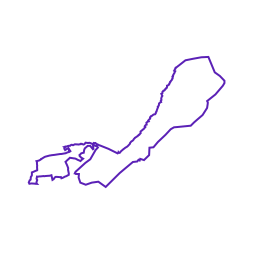 Santa Cruz Mixtepec, Oaxaca, Mexico, rotated 130°
{"feature_id": "50627088B82303244388896", "entity_name": "Santa Cruz Mixtepec", "entity_type": "district", "adm_level": 2, "iso_a3": "MEX", "parent_name": "Mexico", "parent_adm1": "Oaxaca", "projection": "orthographic", "projection_center": [-96.883, 16.781], "detail": "fine", "context": "isolated", "style": "outline", "palette": "violet", "viewbox_px": 256, "rotation_deg": 130, "n_neighbors": 0, "source": "geoboundaries", "source_scale": "gbopen_adm2", "svg_char_len": 5487}
<svg xmlns="http://www.w3.org/2000/svg" viewBox="0 0 256 256"><g transform="rotate(130 128 128)"><path d="M61.8,80.3L58.2,82.5L57.1,83.3L56.5,84.7L46.1,82.6L34.7,82.5L31.6,83.0L29.8,84.5L29.1,91.1L29.6,97.3L21.9,112.1L26.7,117.3L33.2,122.7L39.2,127.5L50.0,129.8L50.3,129.9L50.5,130.0L50.8,130.0L51.0,130.2L51.2,130.3L51.3,130.3L51.4,130.2L51.5,130.0L51.5,129.9L52.1,129.8L52.4,129.8L52.6,129.9L52.8,129.9L53.0,129.8L53.3,129.7L53.6,129.6L53.8,129.4L54.0,129.4L54.3,129.4L54.5,129.4L54.5,129.2L54.4,128.9L54.3,128.7L54.2,128.3L55.3,128.1L55.5,128.0L55.9,127.8L57.1,127.7L58.4,127.3L58.6,127.4L58.9,127.3L59.4,126.8L59.8,127.0L60.1,127.0L60.7,126.1L60.8,126.1L61.1,126.0L61.5,125.6L62.4,125.7L62.8,125.4L63.1,125.3L64.3,125.4L64.9,125.2L65.2,125.2L65.5,125.4L66.0,125.0L66.7,124.9L67.4,125.0L68.2,124.4L69.9,124.9L70.5,125.3L71.1,124.7L72.2,124.1L72.4,124.1L72.7,124.4L73.2,124.4L73.6,124.2L74.2,124.5L75.3,124.2L76.2,124.4L76.4,124.8L76.7,124.9L77.0,124.7L78.3,124.8L79.3,124.0L80.1,124.2L80.4,124.4L80.8,123.7L81.3,122.3L82.8,122.1L84.2,121.4L85.0,120.4L85.8,120.5L86.1,120.4L86.8,119.3L87.5,119.7L88.9,119.9L89.2,120.0L91.1,118.8L92.5,118.9L92.9,118.3L93.4,118.2L96.2,117.2L97.1,116.7L97.9,116.8L98.8,116.3L99.0,116.1L100.1,116.1L100.4,116.4L101.3,117.1L104.2,117.7L104.3,118.0L105.4,118.0L105.8,117.9L106.5,117.1L107.2,117.1L107.8,117.3L109.3,117.3L109.6,116.4L110.5,117.0L112.1,117.3L113.3,116.0L113.5,116.2L115.0,116.4L116.0,116.3L116.1,116.2L115.9,115.6L116.0,115.3L116.3,115.2L117.0,115.4L118.7,115.3L119.4,115.6L120.5,115.6L120.7,115.8L122.6,116.1L122.9,116.0L123.8,115.0L124.4,115.1L125.3,115.0L126.0,115.0L126.3,115.1L126.4,115.4L127.5,115.4L127.8,115.5L128.1,115.4L128.2,115.5L130.6,116.2L131.1,116.4L131.4,116.3L131.7,116.3L132.1,116.4L132.9,116.4L133.7,116.2L134.8,116.3L136.2,116.8L137.2,116.8L138.1,116.8L138.7,116.4L139.6,116.4L141.6,116.5L143.0,116.7L144.9,117.4L146.5,117.7L146.9,117.9L147.8,118.0L150.1,118.4L151.4,118.4L152.4,118.4L152.8,119.2L152.7,119.7L153.3,119.4L154.1,119.6L156.5,129.5L159.4,138.3L159.6,138.6L159.7,138.9L159.9,139.9L160.0,140.3L160.2,141.0L160.3,141.4L160.5,141.5L160.5,142.0L160.5,142.5L160.4,143.2L160.4,143.3L160.5,143.4L161.1,143.8L161.3,144.0L161.2,144.1L161.3,144.2L161.4,144.3L161.5,144.6L162.3,144.5L162.8,144.6L163.2,145.5L164.0,147.8L164.1,148.0L165.0,148.8L165.9,150.0L166.4,151.0L166.6,151.1L167.5,151.0L168.4,151.0L169.0,151.3L169.4,151.6L169.5,152.0L169.8,153.2L170.4,153.8L170.5,153.8L170.5,154.0L171.1,154.2L171.7,154.7L171.8,154.7L172.3,155.2L172.6,155.4L172.8,155.8L174.6,158.2L176.1,158.9L176.3,158.9L176.6,159.2L176.8,159.7L176.9,160.2L177.5,160.7L179.0,161.0L179.1,161.3L179.5,161.8L179.9,162.0L180.2,162.2L180.5,162.4L180.6,162.6L182.5,163.6L182.5,164.1L182.9,164.3L183.0,164.3L183.6,164.7L183.6,164.1L183.9,163.8L184.1,163.7L184.8,163.5L185.3,162.0L184.7,161.9L184.4,161.7L184.2,161.6L183.9,161.5L183.6,161.5L183.4,161.4L182.9,161.1L182.6,161.0L182.1,160.8L181.7,160.7L182.1,159.5L182.4,159.4L182.5,159.4L182.8,159.1L183.0,158.8L183.2,158.7L182.5,157.9L182.8,157.2L184.1,157.6L184.5,157.9L184.9,158.2L186.4,159.1L186.9,159.3L187.2,159.5L187.4,159.5L188.4,160.4L190.8,162.4L191.7,163.4L195.9,167.1L197.9,169.0L199.0,169.9L199.4,170.3L203.1,172.9L203.9,173.3L207.2,174.4L207.3,174.4L207.4,174.5L207.5,174.4L208.9,174.8L209.8,175.1L211.0,175.9L211.6,176.3L212.2,176.8L212.8,175.7L213.5,175.1L214.1,174.6L215.0,173.6L215.3,173.3L215.7,173.1L216.8,172.2L217.4,171.6L218.7,170.4L218.8,170.4L220.7,171.5L222.2,172.2L223.8,173.1L225.2,171.9L226.1,171.2L226.4,171.1L226.6,171.1L227.3,171.0L227.8,171.0L228.5,170.6L230.0,169.5L230.5,169.4L231.2,169.7L233.5,169.0L234.1,167.7L232.6,166.4L231.7,165.2L230.9,164.1L230.7,163.8L230.0,162.7L229.8,162.5L229.6,162.2L229.3,161.8L229.2,162.4L228.7,163.0L227.6,163.6L226.2,164.1L225.7,165.4L223.7,166.5L223.2,165.7L222.2,164.9L221.3,163.9L219.0,161.7L218.9,161.3L217.7,160.2L216.9,159.4L214.9,157.3L213.4,156.3L216.3,152.5L215.0,152.1L214.6,152.1L213.8,152.2L213.3,152.3L212.1,152.1L211.8,151.8L211.6,151.6L210.4,150.0L209.9,149.3L209.8,149.1L209.3,148.4L208.7,147.9L209.3,146.7L208.6,146.3L208.3,146.1L207.7,145.8L205.9,145.1L204.4,144.2L204.0,144.1L202.0,143.3L201.8,143.5L201.2,143.8L200.8,144.2L199.7,145.6L199.3,146.1L199.2,146.2L198.6,147.0L197.7,147.7L197.2,148.0L195.8,150.5L194.1,154.1L193.7,154.0L193.2,154.0L189.3,153.5L189.1,153.4L188.2,153.4L187.5,152.3L187.2,151.8L187.0,151.4L186.6,150.9L186.2,150.1L185.5,149.1L185.2,148.4L184.9,147.3L184.9,146.9L184.7,146.0L184.1,144.2L183.9,143.2L183.7,143.2L183.2,143.1L182.7,143.0L182.2,143.1L181.0,142.8L180.4,142.7L180.7,144.4L180.8,144.8L180.7,145.1L180.6,146.9L179.9,147.8L179.4,147.7L178.8,147.6L178.7,147.6L178.4,147.6L177.9,147.6L177.4,147.5L176.5,146.9L175.4,146.0L173.1,147.4L171.4,148.0L169.6,147.7L167.6,147.4L166.0,145.5L166.8,141.2L166.2,141.1L165.2,142.2L164.6,142.8L164.1,143.1L163.3,144.6L163.2,144.0L163.1,143.6L162.8,141.9L162.7,141.5L162.4,141.1L162.1,140.5L162.0,140.1L162.0,139.7L162.3,138.5L165.6,138.7L176.2,136.8L181.6,138.1L181.9,138.2L194.3,139.9L194.7,140.0L194.8,139.9L195.6,140.0L196.9,139.6L196.7,139.3L196.8,138.5L194.8,136.0L197.7,134.0L200.5,129.4L198.6,123.9L193.1,120.6L188.2,116.2L187.5,107.2L167.8,105.4L160.4,104.1L150.9,102.4L147.7,99.4L145.8,99.5L145.6,99.5L145.4,98.2L143.8,98.8L142.3,95.1L142.1,95.1L135.2,94.4L129.3,98.9L126.4,96.1L119.5,96.1L109.2,94.9L101.5,94.5L97.9,93.2L95.3,90.6L85.9,81.4L81.3,81.0L77.4,80.4L70.1,79.2L61.8,80.3Z" fill="none" stroke="#5b21b6" stroke-width="2"/></g></svg>